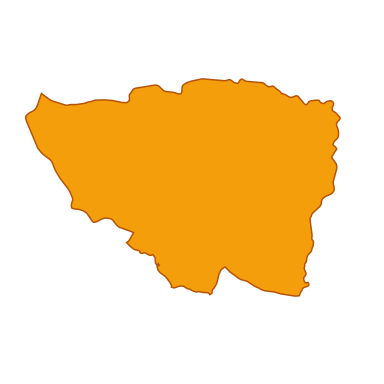 map outline of Chaiyaphum (orthographic projection), rotated 83°
{"feature_id": "THA-437", "entity_name": "Chaiyaphum", "entity_type": "Province", "adm_level": 1, "iso_a3": "THA", "parent_name": "Thailand", "parent_adm1": "", "projection": "orthographic", "projection_center": [101.826, 15.959], "detail": "fine", "context": "isolated", "style": "filled", "palette": "amber", "viewbox_px": 384, "rotation_deg": 83, "n_neighbors": 0, "source": "natural_earth", "source_scale": "10m", "svg_char_len": 5066}
<svg xmlns="http://www.w3.org/2000/svg" viewBox="0 0 384 384"><g transform="rotate(83 192 192)"><path d="M283.9,224.0L282.2,223.8L279.1,224.9L272.9,228.5L268.2,233.4L265.6,235.2L261.9,235.7L260.4,232.8L260.4,233.5L260.3,234.1L260.0,234.3L259.2,234.2L260.4,235.7L258.1,236.9L252.5,236.7L249.4,238.5L249.9,240.8L249.2,242.6L246.7,245.8L246.5,246.7L246.8,249.0L246.7,250.0L246.0,250.9L245.2,251.1L244.4,251.2L243.9,251.5L242.2,255.9L241.2,257.3L238.0,260.3L234.2,263.1L232.8,260.6L225.2,254.9L223.4,258.0L218.0,268.7L217.6,269.1L217.0,269.8L214.8,271.4L210.5,273.9L209.6,274.6L208.8,275.8L208.2,277.2L207.3,280.9L207.4,282.7L207.9,285.0L209.7,289.7L210.1,291.3L210.1,292.1L210.1,292.9L209.9,293.6L208.9,294.5L200.7,298.7L199.2,300.0L197.4,302.2L197.1,302.7L195.6,306.1L195.1,307.6L194.7,310.1L193.9,312.3L193.6,312.9L192.8,313.3L191.7,313.5L189.4,313.1L188.2,312.7L186.0,311.6L185.5,311.5L184.2,311.3L182.8,311.5L177.2,313.1L174.2,314.3L161.7,321.6L153.7,325.1L145.5,327.2L144.2,327.8L142.5,329.0L136.4,335.3L133.7,337.3L129.4,339.8L101.3,347.7L99.1,348.0L97.3,348.0L96.4,347.5L95.3,346.5L93.6,343.7L93.2,342.8L92.8,341.4L92.5,340.5L91.9,339.3L91.2,338.1L89.9,336.6L86.9,334.7L75.9,329.5L82.5,322.5L84.4,320.0L90.0,307.7L90.6,306.0L90.5,301.3L91.1,296.2L90.9,288.0L90.1,284.2L89.9,280.9L89.2,277.8L89.1,276.1L90.0,267.2L91.5,259.7L94.7,250.3L95.1,248.0L95.3,246.5L95.1,245.6L94.9,244.9L94.5,244.3L94.1,243.7L93.6,243.2L93.0,243.0L92.3,242.7L91.5,242.6L88.9,242.6L88.2,242.4L87.6,242.0L83.1,238.0L82.7,237.4L82.5,236.8L82.3,236.2L82.1,235.0L81.4,216.6L81.5,214.3L81.9,213.6L82.2,212.9L83.1,211.8L84.1,210.9L85.8,209.7L86.8,208.7L87.9,208.0L88.5,206.9L89.2,205.1L91.0,197.7L93.1,193.2L93.2,192.1L93.1,191.2L92.7,190.7L92.1,190.3L91.4,190.0L89.9,189.6L88.2,189.3L86.6,188.9L86.0,188.6L85.4,188.3L84.9,187.8L84.4,187.3L83.8,186.0L82.8,183.6L82.0,180.2L81.0,169.3L81.0,167.5L85.5,146.4L85.5,144.4L85.1,142.3L85.1,141.3L85.3,140.5L86.1,139.3L86.6,138.8L87.6,137.9L88.2,137.1L88.8,136.1L89.5,134.3L89.6,133.3L89.2,132.5L88.0,131.8L87.3,131.2L86.8,130.6L86.4,130.1L86.0,129.2L86.1,128.5L86.4,127.9L87.3,126.9L88.2,125.7L88.8,124.4L92.2,108.5L92.6,107.9L93.4,106.8L95.1,105.5L95.6,104.9L96.2,104.2L96.9,103.1L97.0,102.0L97.0,100.9L96.6,99.7L96.7,99.0L97.0,98.4L97.9,97.5L99.1,96.5L102.8,92.6L104.5,91.5L105.1,90.9L105.5,90.2L106.5,87.9L106.9,87.2L107.8,86.2L108.8,85.0L109.4,84.1L110.1,82.6L110.2,81.5L110.0,80.5L109.3,77.6L109.3,76.5L109.5,75.7L109.9,75.2L110.5,74.7L112.8,73.3L115.0,71.7L117.6,70.2L118.3,69.6L119.1,68.6L119.2,67.8L119.0,67.2L118.6,66.7L116.7,65.0L116.4,64.7L116.1,63.6L116.0,61.8L116.0,57.7L116.2,55.9L116.6,54.7L116.9,54.5L118.2,53.9L119.1,53.2L120.0,51.5L120.2,50.4L120.0,49.5L119.2,48.4L118.8,47.5L118.5,46.5L118.3,44.2L118.4,43.0L118.8,42.1L119.3,41.6L119.7,41.1L120.4,40.9L121.1,40.7L121.9,40.8L122.6,41.0L123.3,41.2L125.1,42.3L126.6,42.8L127.4,42.9L128.1,42.7L128.7,42.4L129.1,41.9L130.7,39.8L131.3,39.3L131.8,38.9L133.7,37.9L135.2,36.5L135.9,36.2L136.5,36.0L137.2,36.1L137.7,36.4L138.3,36.9L138.7,37.4L139.5,38.5L140.0,39.0L140.5,39.4L141.1,39.8L141.8,40.1L142.5,40.3L143.4,40.4L144.2,40.3L146.4,39.7L148.8,39.3L151.5,39.3L153.8,39.8L155.2,40.3L155.8,40.7L156.3,41.1L159.4,44.7L160.6,45.6L161.8,46.3L162.5,46.3L163.0,46.0L163.5,45.5L164.3,44.5L165.5,43.7L167.1,43.1L170.1,45.8L172.3,47.4L173.7,48.7L174.5,49.0L175.3,48.9L181.5,45.5L182.2,45.4L183.8,45.2L185.6,45.4L187.3,45.8L199.0,50.6L200.7,50.8L204.9,50.4L206.6,50.6L207.4,50.7L208.1,51.0L208.7,51.5L209.4,52.1L210.2,53.1L210.9,54.3L211.5,55.8L212.3,58.9L213.0,60.8L214.2,62.7L215.1,63.5L215.8,64.0L217.4,64.7L219.7,65.2L220.4,65.6L221.0,66.0L222.3,67.3L226.7,73.5L227.9,75.0L229.0,75.9L230.4,76.5L231.6,77.4L232.5,78.0L233.3,78.2L249.6,78.1L251.2,78.4L252.3,78.7L252.8,78.8L253.4,78.7L253.6,78.6L253.9,78.5L254.9,78.0L255.5,77.7L256.3,77.5L257.8,77.7L260.1,78.3L260.8,78.6L262.0,79.4L264.7,80.6L265.3,81.0L265.9,81.4L268.3,84.3L269.0,84.9L270.2,85.6L270.9,85.9L274.8,86.9L275.4,87.3L277.4,89.0L278.1,89.1L278.8,89.1L279.4,89.2L280.0,89.4L280.6,89.7L281.2,89.9L281.9,89.9L283.2,89.7L285.8,88.9L286.5,88.8L287.2,88.8L287.8,89.0L288.4,89.4L289.0,89.9L289.8,90.8L290.4,91.3L291.1,91.6L291.8,91.7L292.6,91.7L293.3,91.7L294.6,91.3L295.1,91.0L295.7,90.7L296.1,90.3L296.1,89.7L295.8,88.3L296.0,87.8L296.4,87.5L297.0,87.4L297.7,87.4L298.4,87.3L299.0,87.7L299.6,88.5L300.1,91.2L300.5,92.5L300.9,93.5L301.3,94.0L303.3,95.1L304.8,96.5L305.3,96.8L308.0,98.1L308.1,100.0L307.7,103.1L304.0,116.1L301.4,122.2L298.7,132.4L298.2,133.4L297.2,135.2L295.2,137.9L294.1,139.8L292.9,141.5L292.5,142.1L287.6,147.9L286.9,149.1L285.0,153.9L283.4,156.2L275.9,164.1L272.1,166.9L270.8,168.1L270.7,168.7L270.9,169.6L272.7,172.4L273.4,173.1L276.9,175.3L284.1,177.9L286.7,179.2L289.9,181.7L290.8,182.7L291.1,183.1L291.3,183.3L291.9,183.7L292.5,184.0L294.9,184.6L296.1,186.7L295.4,187.1L294.0,188.3L293.5,190.5L293.1,193.0L291.5,198.3L291.9,199.6L290.6,202.6L288.9,205.3L288.0,206.2L287.4,208.4L284.5,211.9L283.9,214.8L284.2,217.7L284.8,219.8L285.0,221.7L283.9,224.0Z" fill="#f59e0b" stroke="#b45309" stroke-width="1.5"/></g></svg>